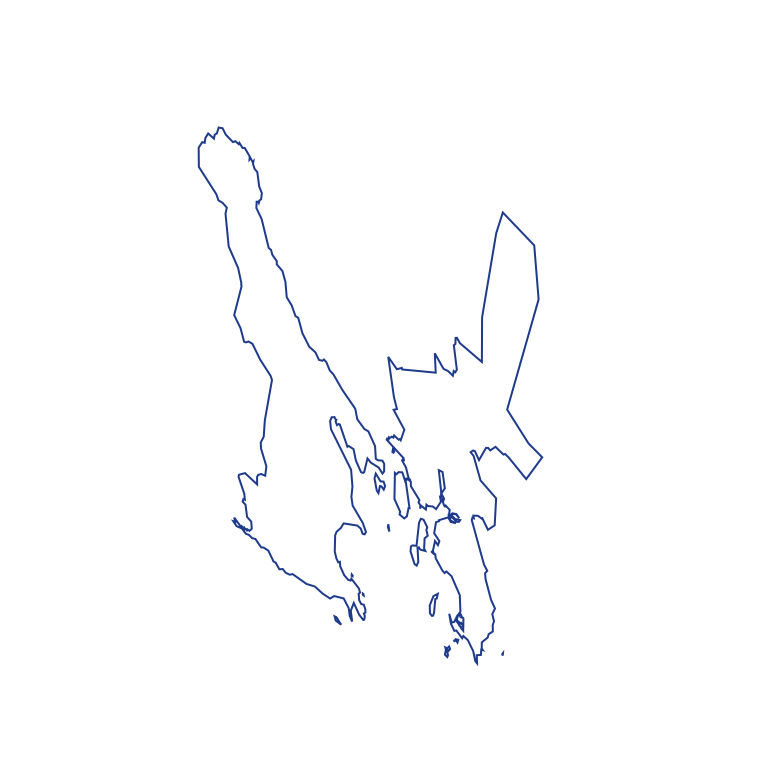 outline of Reykjavíkurborg, Reykjavík, Iceland, rotated 252°
{"feature_id": "244011B48219786980381", "entity_name": "Reykjavíkurborg", "entity_type": "district", "adm_level": 2, "iso_a3": "ISL", "parent_name": "Iceland", "parent_adm1": "Reykjavík", "projection": "equal_earth", "projection_center": [-21.784, 64.152], "detail": "fine", "context": "isolated", "style": "outline", "palette": "blue", "viewbox_px": 768, "rotation_deg": 252, "n_neighbors": 0, "source": "geoboundaries", "source_scale": "gbopen_adm2", "svg_char_len": 6170}
<svg xmlns="http://www.w3.org/2000/svg" viewBox="0 0 768 768"><g transform="rotate(252 384 384)"><path d="M673.1,290.1L668.8,288.0L670.2,285.9L666.1,280.8L647.7,275.0L616.2,283.2L609.8,283.3L606.3,286.4L600.3,289.0L595.0,285.9L562.8,278.8L539.4,281.1L524.8,279.6L520.6,278.5L495.8,262.8L481.4,264.8L467.4,264.0L466.2,265.6L466.3,268.2L462.9,271.3L445.4,273.8L426.7,278.7L422.4,278.7L386.2,259.4L371.0,253.3L366.4,248.7L360.7,247.1L342.1,246.7L333.5,242.7L336.4,239.2L336.4,236.2L334.9,234.6L327.7,232.3L342.2,224.3L342.5,218.0L340.7,217.0L322.8,217.2L316.9,215.9L318.0,214.7L315.8,213.2L312.0,215.0L299.9,212.7L294.1,215.2L287.2,213.5L285.9,210.7L287.9,209.3L287.1,208.4L289.1,207.7L288.7,206.4L290.9,206.5L290.6,205.5L293.0,204.6L292.7,203.7L303.2,200.3L298.9,199.8L300.0,198.3L294.3,199.9L290.5,204.2L284.3,206.3L282.2,208.9L278.0,211.1L276.4,213.8L266.6,216.7L265.6,219.0L261.3,222.5L249.3,224.1L247.5,225.8L240.1,227.2L239.3,230.5L234.8,232.2L231.8,235.4L231.4,238.4L217.8,248.5L212.7,255.7L203.4,261.0L196.6,266.5L197.7,271.1L192.5,279.4L181.7,281.2L173.9,279.7L167.9,280.3L178.7,282.4L185.1,287.6L172.2,289.1L166.0,291.4L166.0,292.4L169.4,294.1L171.9,293.9L172.4,295.7L175.4,296.6L180.3,296.6L181.8,294.3L186.2,293.6L192.3,295.1L193.1,296.8L197.4,296.9L209.0,292.8L207.4,291.6L208.7,289.5L214.4,287.1L224.0,286.0L228.5,287.1L228.5,285.4L232.8,284.8L239.9,285.4L255.2,290.8L258.1,293.2L260.5,298.6L263.9,302.5L257.6,314.9L253.7,317.2L248.1,317.4L247.0,319.1L248.8,321.1L258.3,320.9L278.0,316.6L286.7,318.1L296.2,322.3L312.6,326.2L357.3,319.6L365.4,321.3L368.5,323.9L367.8,326.7L364.3,327.1L365.4,328.3L363.3,326.4L359.4,326.6L359.9,328.6L359.1,329.5L335.6,329.8L336.0,331.3L331.4,334.9L319.9,333.6L307.3,334.9L305.9,336.6L306.3,337.9L318.3,345.3L313.1,347.3L306.2,353.1L299.3,354.9L300.8,357.1L308.0,359.5L311.6,358.8L313.4,354.6L315.4,353.1L327.7,356.3L343.8,354.5L347.3,351.4L358.8,347.7L369.4,349.0L391.4,342.5L408.6,338.9L413.6,336.6L422.8,335.9L425.9,334.4L425.1,332.7L427.0,329.6L435.2,328.6L442.6,324.4L457.6,322.1L473.5,322.9L475.9,320.8L487.2,320.5L496.6,318.3L511.5,321.8L522.9,322.3L530.9,319.0L533.8,320.0L541.5,317.7L546.4,318.0L549.0,316.4L578.6,318.6L590.8,317.0L596.7,319.2L596.4,320.7L594.9,320.9L596.9,322.2L597.8,324.3L603.3,326.8L610.3,326.3L624.6,329.0L628.7,327.4L633.7,327.4L636.3,328.7L635.7,327.6L640.0,326.9L639.1,325.5L641.8,326.6L651.6,324.5L652.2,322.4L658.0,321.0L657.0,320.0L660.9,317.6L660.7,315.1L670.0,310.6L677.1,309.5L679.0,306.0L674.0,302.5L673.4,300.0L669.9,298.1L676.6,294.2L673.1,290.1ZM330.2,369.3L307.4,379.7L305.6,379.4L306.4,378.4L305.7,377.6L297.8,379.1L287.1,378.3L283.8,379.5L286.1,378.2L287.2,376.1L287.0,375.0L285.7,374.1L294.3,374.1L295.7,370.7L294.3,368.0L296.1,366.9L271.4,358.4L257.5,359.9L255.2,358.5L249.9,361.7L251.1,364.9L258.4,369.0L258.0,369.9L286.4,374.9L285.5,377.7L282.7,379.3L278.4,378.0L262.6,381.8L260.6,380.2L257.5,381.2L254.3,379.8L256.9,381.6L251.7,385.0L256.1,387.1L254.3,388.1L252.5,392.5L248.9,394.9L254.5,401.8L259.5,402.5L259.0,403.4L264.0,405.1L285.1,409.5L282.2,412.5L266.0,409.6L262.0,404.7L256.3,405.7L255.0,404.7L256.5,403.8L256.4,403.6L250.2,403.6L248.7,404.2L249.3,405.1L243.9,407.6L239.8,405.5L238.9,407.0L239.9,409.0L238.0,412.6L233.1,414.1L237.8,412.3L239.4,408.7L238.3,407.7L233.7,409.8L231.0,414.4L229.7,412.6L230.5,410.6L237.6,406.7L239.1,404.9L236.7,404.4L238.2,405.2L237.4,406.1L233.8,404.8L229.4,409.5L232.1,404.9L237.3,403.8L237.5,394.2L236.6,394.0L236.4,390.7L226.6,385.6L217.4,388.1L214.1,385.5L218.9,384.0L210.1,378.9L207.5,379.1L210.4,377.1L206.9,378.9L206.2,380.1L202.2,379.3L188.5,381.9L185.5,383.2L186.4,385.4L180.5,388.8L159.7,390.8L143.8,386.3L142.4,384.3L140.9,384.3L142.3,385.5L139.6,386.0L137.4,384.7L138.9,385.9L136.6,387.1L130.0,384.9L134.0,383.0L129.3,384.5L124.9,383.1L128.2,381.8L129.9,382.6L129.0,381.9L131.4,381.1L132.9,382.2L134.2,381.8L132.9,380.8L136.0,380.6L135.1,380.0L136.0,379.7L142.1,383.2L136.0,377.2L136.0,375.6L136.8,374.7L145.3,375.0L135.2,373.6L127.5,374.6L127.2,376.6L118.0,379.8L119.8,381.6L114.5,384.6L102.5,386.3L92.3,385.2L89.6,386.2L97.4,388.4L96.4,392.4L101.3,394.4L100.4,395.7L102.2,395.2L108.1,397.2L110.8,404.2L113.8,406.3L115.0,411.0L121.1,412.9L124.4,415.3L131.7,415.9L136.2,420.2L145.6,419.1L167.1,420.3L172.8,421.7L174.4,424.5L181.1,423.3L227.5,425.4L229.5,426.8L228.5,427.9L231.2,428.3L229.6,432.7L225.5,435.5L226.9,435.9L213.2,437.8L215.4,445.6L240.6,455.3L262.5,446.0L287.9,447.0L292.4,445.3L293.2,448.2L292.0,449.7L282.2,450.8L291.7,461.3L291.0,463.3L288.0,464.6L289.8,470.6L280.0,475.8L280.1,477.5L275.7,479.8L249.6,489.9L265.4,511.8L282.8,503.1L321.6,493.2L416.7,557.2L469.4,569.7L510.4,550.0L492.7,537.3L417.1,497.9L374.7,483.9L399.4,468.8L405.4,467.6L405.7,466.3L400.0,464.3L399.3,462.4L375.1,457.7L373.1,455.4L374.8,454.3L370.6,452.1L376.7,448.8L380.0,445.3L397.5,441.8L378.8,436.7L392.2,405.8L393.8,405.9L394.1,400.8L408.5,396.4L368.4,389.4L356.2,388.6L356.5,385.2L334.2,389.2L325.3,382.5L326.7,382.0L326.5,380.7L331.9,377.7L330.2,376.3L331.5,375.2L330.9,373.0L331.8,372.3L330.1,371.4L331.2,370.2L330.2,369.3ZM203.4,357.4L201.2,358.9L204.1,361.6L217.9,365.3L217.9,366.7L215.3,367.3L212.4,371.7L215.1,371.3L224.6,374.9L226.2,378.7L232.0,379.2L234.4,380.9L242.7,379.7L244.4,377.4L241.3,374.5L220.0,364.9L221.7,361.3L221.2,359.4L216.5,357.5L203.4,357.4ZM284.8,344.2L281.9,345.0L288.2,348.6L287.5,349.9L283.6,351.1L286.6,353.5L291.3,353.4L292.5,350.6L301.3,348.5L297.2,345.8L284.8,344.2ZM167.8,370.3L167.0,365.5L159.3,359.1L151.6,356.8L148.6,358.0L148.5,359.1L150.9,360.9L163.6,366.3L163.7,367.9L167.8,370.3ZM112.2,360.8L107.8,358.3L104.8,359.8L106.1,361.0L111.7,361.6L112.1,362.2L110.3,362.9L111.6,365.0L114.2,364.8L113.1,362.6L114.6,360.9L112.2,360.8ZM178.3,265.2L173.9,265.0L168.3,268.9L177.0,266.6L178.3,265.2ZM246.8,343.5L242.0,343.5L249.3,344.8L246.8,343.5ZM119.2,373.3L117.6,370.6L118.0,373.2L115.4,374.0L117.8,375.6L119.2,373.3ZM319.6,372.5L316.7,371.0L315.7,371.8L316.5,372.9L319.6,372.5ZM191.2,299.1L189.9,298.7L189.1,299.3L190.6,299.5L191.2,299.1ZM212.8,294.5L211.6,294.0L210.8,294.7L211.5,295.0L212.8,294.5ZM90.6,413.0L89.0,413.0L91.3,414.0L90.6,413.0Z" fill="none" stroke="#1e3a8a" stroke-width="2"/></g></svg>